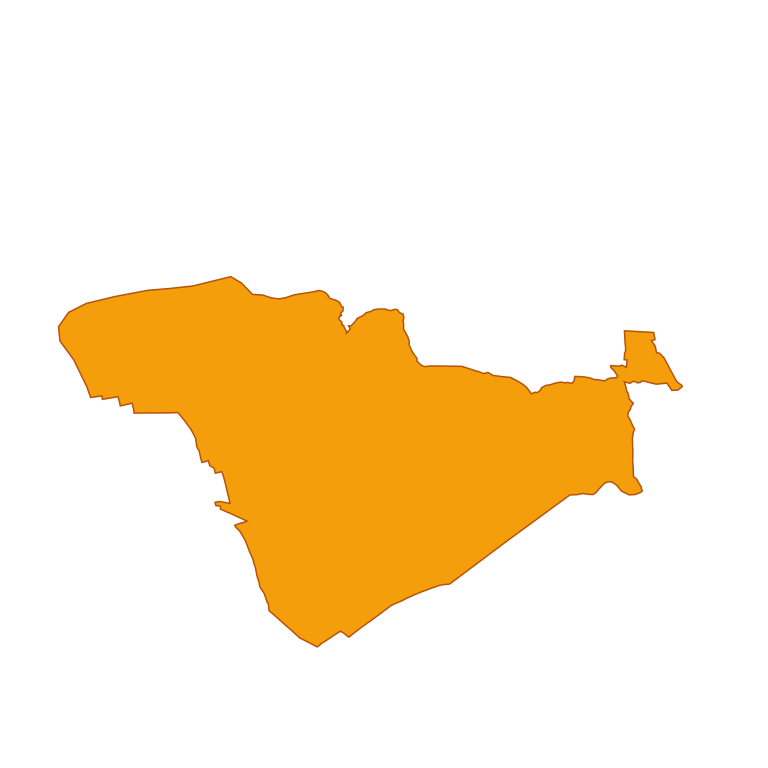 Tampico, Tamaulipas, Mexico, rotated 148°
{"feature_id": "50627088B71136761933939", "entity_name": "Tampico", "entity_type": "district", "adm_level": 2, "iso_a3": "MEX", "parent_name": "Mexico", "parent_adm1": "Tamaulipas", "projection": "robinson", "projection_center": [-97.894, 22.27], "detail": "fine", "context": "isolated", "style": "filled", "palette": "amber", "viewbox_px": 768, "rotation_deg": 148, "n_neighbors": 0, "source": "geoboundaries", "source_scale": "gbopen_adm2", "svg_char_len": 6123}
<svg xmlns="http://www.w3.org/2000/svg" viewBox="0 0 768 768"><g transform="rotate(148 384 384)"><path d="M579.8,196.4L579.3,196.5L578.5,196.5L577.8,196.6L576.2,196.6L576.0,196.8L575.7,197.1L574.9,197.1L573.3,197.1L571.7,197.0L571.1,197.1L570.1,197.1L569.4,197.1L568.1,197.1L567.6,197.2L567.0,197.2L566.0,197.2L564.7,197.2L563.2,197.3L561.6,197.4L559.2,197.4L552.5,197.5L552.2,197.6L551.9,197.4L551.7,197.0L551.6,196.5L551.4,196.0L550.9,195.8L550.3,194.4L548.1,188.0L546.8,188.1L544.0,188.4L541.2,188.7L538.4,189.0L534.5,189.4L531.8,189.6L528.6,189.8L525.7,190.0L522.9,190.2L520.6,190.3L517.5,190.5L515.6,190.6L515.0,190.7L512.2,190.9L510.1,191.1L507.8,191.3L504.8,191.6L501.7,191.8L500.7,191.8L499.8,192.0L498.7,192.1L497.3,192.2L496.9,192.3L495.4,192.3L493.9,192.3L492.7,192.1L492.3,192.1L490.8,191.8L489.8,191.7L489.2,191.6L487.7,191.3L487.2,191.2L486.2,191.1L484.6,190.9L482.5,190.4L482.1,190.7L480.5,190.5L478.7,190.3L472.4,189.4L471.9,189.5L461.0,187.6L459.8,187.3L459.3,187.2L458.6,187.1L456.5,186.6L455.6,186.5L453.1,186.0L452.3,185.8L450.7,185.4L448.3,184.9L448.0,184.8L445.1,184.2L443.3,183.7L441.9,183.3L434.4,179.6L362.8,185.7L285.1,191.4L279.0,187.9L273.3,185.7L269.2,182.2L265.4,179.5L262.4,179.5L256.3,181.3L249.7,183.0L245.7,182.3L242.4,179.8L240.2,174.5L239.4,167.4L234.9,160.1L229.7,157.2L223.9,156.1L222.6,156.1L221.4,156.6L221.4,158.4L220.3,160.8L220.5,164.9L220.1,169.2L221.3,172.7L221.1,174.1L217.1,180.7L213.9,187.0L209.5,193.6L204.2,202.8L201.6,207.2L200.0,208.6L198.8,210.3L196.6,212.0L195.4,213.0L195.3,214.6L195.3,216.7L194.8,219.7L194.2,223.3L194.2,227.9L193.3,228.7L191.9,230.5L188.0,232.3L186.4,234.1L184.6,234.7L182.7,235.6L183.4,237.7L183.8,241.7L182.5,245.3L181.8,247.4L182.1,248.9L181.5,250.3L180.4,253.6L179.0,258.7L177.1,256.3L175.2,254.4L174.0,254.2L171.9,254.3L170.4,253.7L169.5,252.5L168.5,250.7L166.1,249.6L162.9,249.7L158.1,244.5L153.1,239.5L143.6,234.8L143.3,226.1L137.9,223.1L132.3,223.8L132.3,225.5L134.0,229.4L134.4,231.6L133.5,246.2L132.9,253.7L132.7,258.0L134.1,264.4L136.3,265.9L133.9,272.6L134.2,279.2L130.6,278.0L128.0,284.8L151.9,301.7L158.1,290.5L159.8,286.9L161.8,283.8L163.8,282.4L167.4,277.4L165.1,275.4L169.8,269.6L171.7,273.3L172.9,274.2L174.5,274.0L181.8,279.4L182.9,277.8L181.9,273.5L181.6,267.4L183.0,266.1L185.6,267.1L188.0,268.7L191.2,269.7L195.2,269.7L200.9,274.7L203.5,276.5L205.5,279.3L209.5,283.1L212.5,285.4L218.1,289.3L221.2,286.0L224.3,284.9L227.4,288.1L229.6,288.9L233.2,292.0L238.1,293.9L244.2,295.5L247.3,297.0L252.3,297.4L254.2,296.1L258.3,295.4L260.1,296.9L264.2,297.6L264.8,305.4L265.8,308.6L267.9,313.4L273.1,322.4L281.1,328.6L287.1,333.6L289.7,338.7L294.3,340.2L296.5,343.5L300.1,347.6L308.6,357.7L334.5,374.4L340.7,377.4L342.4,380.2L343.9,385.6L342.4,388.6L342.7,391.2L343.0,396.0L342.6,399.3L341.9,403.8L339.8,407.3L338.9,411.1L338.2,420.5L335.9,423.8L334.2,427.7L332.3,429.3L330.7,433.0L332.1,435.1L333.1,436.4L333.2,439.7L334.4,441.2L340.0,443.0L343.4,447.1L349.1,450.6L353.5,452.5L356.5,452.4L361.1,453.9L365.7,453.2L371.8,453.8L375.9,452.1L381.4,450.7L383.1,452.2L383.6,448.3L386.3,447.7L388.9,447.0L388.0,448.1L387.7,453.5L387.3,454.2L387.3,455.2L388.5,456.7L387.4,457.7L387.0,459.4L387.7,461.4L387.7,463.5L384.9,465.3L384.7,464.6L383.7,464.7L383.3,467.1L380.2,467.6L377.9,470.8L378.9,472.1L378.4,476.9L380.4,480.5L384.5,485.2L384.6,489.7L385.3,492.5L387.2,495.4L387.3,495.6L390.0,498.0L394.8,499.5L412.9,507.2L422.0,509.4L428.0,511.8L433.8,516.6L439.7,523.7L448.1,529.7L451.3,545.0L453.8,549.9L457.0,556.2L494.2,568.4L515.0,578.5L534.7,588.6L565.4,600.6L593.5,610.0L613.5,611.9L629.7,605.0L636.0,592.2L634.3,568.9L637.4,539.6L639.7,528.9L640.0,528.1L634.0,525.4L633.4,525.2L632.0,524.5L630.4,523.7L630.0,523.5L629.7,523.4L630.0,522.6L630.9,520.2L629.3,519.5L628.1,519.0L627.0,518.6L624.8,517.7L622.0,516.5L619.3,515.4L616.2,514.2L617.0,511.9L617.7,509.5L618.4,507.4L619.3,505.2L616.1,504.1L613.3,503.1L610.5,502.1L607.8,501.2L608.5,498.9L609.3,496.6L610.3,493.8L611.4,491.8L608.9,490.3L606.4,488.7L603.9,487.2L601.5,485.7L598.8,484.0L596.2,482.5L593.6,480.9L591.2,479.3L588.9,477.9L586.6,476.5L581.1,473.1L580.7,472.9L579.9,472.5L577.1,470.8L576.9,470.6L575.8,470.0L574.0,469.0L573.9,468.3L573.7,467.1L573.6,466.8L573.3,464.8L573.0,461.8L572.6,458.6L572.3,455.1L571.8,448.5L571.9,445.1L572.3,440.4L572.6,437.5L573.1,436.4L573.4,435.9L574.3,433.7L574.7,432.9L575.4,431.4L575.8,430.2L576.2,428.7L576.2,427.6L576.2,426.9L576.1,426.2L576.2,425.9L576.3,425.2L576.6,424.2L577.5,421.5L578.4,419.1L579.2,416.6L580.0,414.0L578.7,413.5L576.4,412.7L574.9,412.5L573.6,412.3L574.2,410.0L575.0,407.2L574.9,406.8L574.8,406.6L572.8,403.0L572.8,402.3L573.5,400.3L574.3,397.8L568.0,395.5L569.2,390.6L569.3,390.1L570.0,387.7L570.2,387.1L570.9,384.8L571.7,382.4L572.6,379.9L573.4,377.5L573.8,376.3L576.1,369.5L577.8,364.4L578.0,364.5L580.0,366.3L583.6,369.7L585.4,371.2L585.5,371.3L587.5,372.3L587.8,372.4L588.0,372.5L590.2,373.1L590.2,372.3L591.1,369.9L589.2,368.5L587.4,367.1L589.0,364.7L586.1,360.3L585.0,358.6L583.7,356.8L582.4,355.0L579.9,351.1L577.3,347.1L572.9,340.3L577.9,341.3L577.7,341.6L579.1,341.9L580.3,342.2L583.0,342.8L585.4,343.3L585.4,343.1L585.5,342.3L585.5,341.8L585.5,341.2L585.4,340.5L585.1,339.1L585.0,338.8L584.3,335.6L584.3,335.0L584.3,334.1L584.4,329.8L584.4,328.1L584.5,326.2L584.6,324.6L585.1,322.0L585.2,321.3L586.7,313.9L587.2,310.8L587.6,307.7L588.0,305.0L588.1,303.4L588.7,303.1L588.8,303.0L589.2,301.6L589.5,300.4L590.1,297.4L590.4,296.4L590.5,296.0L592.1,291.9L592.7,290.6L593.6,287.7L594.9,282.7L595.4,280.9L596.5,278.5L596.8,277.3L596.8,276.0L596.7,274.6L596.7,272.8L596.6,270.1L596.7,269.4L597.2,267.5L597.8,264.6L598.8,260.6L598.4,259.3L598.8,258.5L600.5,255.0L601.5,252.9L601.3,252.0L601.0,250.8L599.5,246.0L598.3,242.0L597.7,239.8L596.3,235.0L596.2,234.5L595.7,233.0L595.1,231.1L595.1,230.9L594.4,228.6L593.9,227.0L593.0,224.1L592.4,221.8L592.3,221.5L591.9,219.8L591.8,219.6L591.4,218.2L591.1,217.3L590.5,215.1L590.0,213.0L589.8,212.9L588.5,210.8L587.3,208.8L585.6,206.1L585.1,205.3L584.3,203.8L583.4,202.4L582.5,200.8L580.9,197.8L580.7,197.4L579.8,196.4Z" fill="#f59e0b" stroke="#b45309" stroke-width="1.5"/></g></svg>